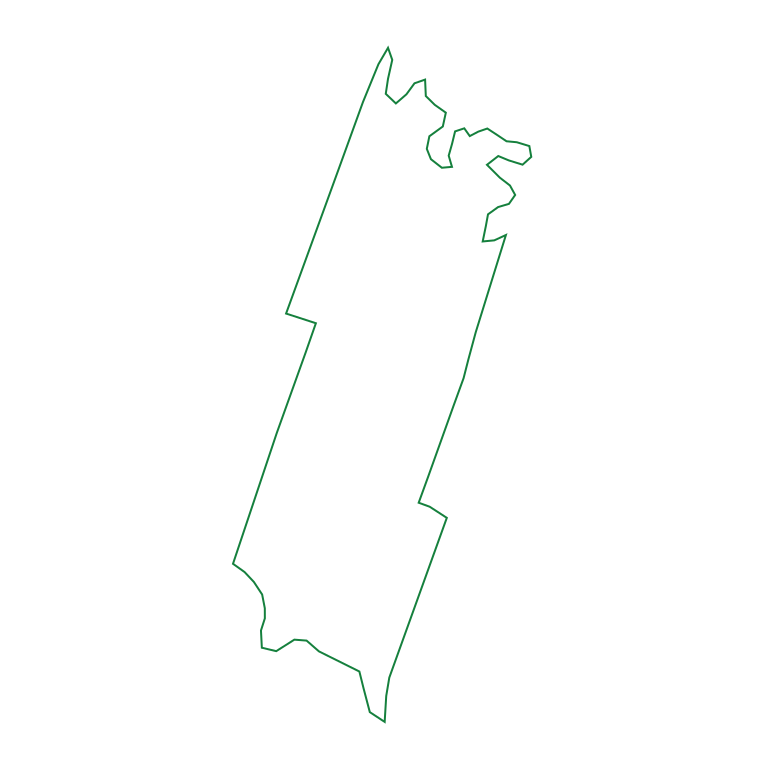 the district of Salvador das Missões, Rio Grande do Sul, Brazil, rotated 20°
{"feature_id": "56859067B44192051528509", "entity_name": "Salvador das Missões", "entity_type": "district", "adm_level": 2, "iso_a3": "BRA", "parent_name": "Brazil", "parent_adm1": "Rio Grande do Sul", "projection": "albers", "projection_center": [-54.83, -28.098], "detail": "fine", "context": "isolated", "style": "outline", "palette": "green", "viewbox_px": 768, "rotation_deg": 20, "n_neighbors": 0, "source": "geoboundaries", "source_scale": "gbopen_adm2", "svg_char_len": 1105}
<svg xmlns="http://www.w3.org/2000/svg" viewBox="0 0 768 768"><g transform="rotate(20 384 384)"><path d="M272.8,66.7L269.4,85.4L267.8,126.2L267.9,198.5L267.9,292.8L267.9,351.3L299.2,350.2L299.6,381.2L300.0,466.8L303.6,604.6L317.3,608.4L329.4,614.5L341.5,623.5L348.7,635.5L352.2,645.0L352.7,657.7L359.4,673.6L374.1,671.9L387.2,654.9L399.0,651.6L414.3,657.5L424.7,658.7L459.2,662.6L468.9,677.0L482.9,697.2L500.2,701.3L492.8,676.4L489.4,658.1L488.8,488.3L468.9,483.7L457.2,483.7L457.2,455.6L456.8,380.6L456.8,351.3L454.9,332.2L452.5,304.0L447.6,202.3L438.5,211.3L428.0,216.3L425.7,200.8L423.7,189.0L430.7,178.7L439.8,172.0L442.6,161.5L434.5,154.4L422.3,150.5L405.8,142.8L413.4,130.7L424.8,131.2L439.2,130.5L444.7,120.2L439.2,110.7L426.1,111.4L416.1,114.0L405.6,111.4L393.7,108.6L386.3,114.6L379.8,121.7L372.0,116.3L364.4,122.3L365.8,135.0L366.7,147.3L373.6,156.7L364.4,161.0L351.2,156.7L343.8,148.4L341.9,135.7L351.2,121.9L349.3,107.9L336.2,104.3L324.8,99.1L318.5,83.9L309.8,91.0L306.0,104.1L299.2,116.3L286.4,110.7L283.4,95.9L280.9,76.6L272.8,66.7Z" fill="none" stroke="#15803d" stroke-width="2"/></g></svg>